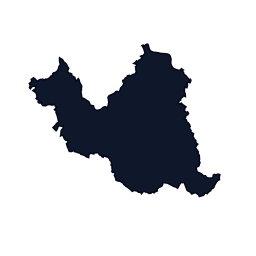 Esmeralda, Rio Grande do Sul, Brazil, rotated 338°
{"feature_id": "56859067B97850438953486", "entity_name": "Esmeralda", "entity_type": "district", "adm_level": 2, "iso_a3": "BRA", "parent_name": "Brazil", "parent_adm1": "Rio Grande do Sul", "projection": "robinson", "projection_center": [-51.184, -28.039], "detail": "fine", "context": "isolated", "style": "filled", "palette": "ink", "viewbox_px": 256, "rotation_deg": 338, "n_neighbors": 0, "source": "geoboundaries", "source_scale": "gbopen_adm2", "svg_char_len": 4816}
<svg xmlns="http://www.w3.org/2000/svg" viewBox="0 0 256 256"><g transform="rotate(338 128 128)"><path d="M177.7,57.6L176.1,57.3L174.0,58.0L173.1,56.8L171.8,56.8L172.2,59.0L172.2,61.4L172.0,63.3L171.9,65.0L170.1,65.9L168.8,66.7L167.7,66.1L166.5,66.2L167.3,68.1L165.4,69.2L163.5,69.2L162.4,70.3L161.2,68.9L159.3,69.9L157.5,70.3L158.6,71.2L159.8,72.1L159.2,73.6L157.8,74.0L157.7,75.7L157.0,76.8L156.9,78.8L155.0,80.6L152.3,80.1L150.2,80.9L148.9,79.6L146.9,79.4L146.1,80.7L144.3,80.5L143.4,81.4L142.3,82.0L140.9,81.9L140.6,83.4L140.9,85.2L138.9,86.9L137.6,87.5L136.1,88.2L135.2,89.4L134.1,90.7L132.9,91.0L131.5,89.8L130.1,89.8L128.9,90.4L127.3,90.8L124.9,90.8L122.5,91.0L120.9,92.1L120.4,94.7L119.7,97.1L116.0,102.6L115.5,101.4L115.5,100.0L114.0,99.5L112.5,99.6L110.1,100.5L108.6,100.5L107.2,100.3L105.7,100.0L104.4,98.5L104.0,97.0L104.3,94.5L102.6,93.4L101.5,92.4L101.7,90.2L101.5,88.8L100.0,86.9L98.8,85.0L97.5,83.5L96.5,82.6L97.3,79.8L97.6,78.2L98.1,76.4L99.1,75.3L99.6,73.8L100.7,72.2L100.7,70.1L100.4,68.6L100.4,66.6L100.7,65.1L100.4,63.6L98.6,64.8L97.4,65.0L97.5,63.4L97.6,61.2L96.7,59.8L95.5,58.7L96.0,56.9L95.2,55.8L94.0,55.0L93.0,53.7L93.9,51.9L95.4,50.4L94.9,48.2L94.9,46.0L94.4,44.6L93.3,42.8L93.1,40.9L92.6,39.5L91.6,38.5L90.9,37.3L90.2,38.5L89.8,39.8L89.3,41.7L89.1,43.9L87.9,44.5L86.6,45.6L85.5,47.3L83.9,48.5L82.3,49.1L81.0,49.3L79.5,49.0L78.4,49.5L77.6,51.3L76.0,50.9L74.5,51.9L73.4,52.2L71.5,52.5L69.8,51.8L68.7,52.2L67.3,50.8L66.1,50.6L65.0,50.1L63.5,50.2L61.5,50.7L60.6,49.1L60.2,47.5L59.2,46.0L56.4,46.7L56.4,48.7L54.9,49.3L53.2,49.7L53.3,51.9L51.8,53.5L52.1,55.0L55.1,53.5L58.2,55.0L57.0,56.9L53.8,57.7L55.1,59.5L56.0,61.7L55.2,65.4L53.8,66.2L54.4,67.4L55.9,68.5L54.3,70.1L54.8,71.4L55.9,72.0L57.3,71.6L56.9,73.1L57.4,75.3L60.1,76.6L61.2,76.3L63.0,76.4L64.7,77.2L66.2,78.4L69.1,78.7L68.7,80.7L69.8,82.0L66.7,83.4L67.8,85.4L67.0,86.7L67.1,88.9L66.6,92.9L66.2,94.7L66.3,96.0L65.3,96.8L63.5,96.9L62.5,97.8L58.6,99.5L59.4,101.7L60.3,103.6L62.2,102.4L63.5,100.7L64.7,100.1L68.4,102.2L67.7,104.0L65.6,104.9L64.6,106.1L63.9,107.8L62.5,110.1L64.2,109.9L65.0,111.0L64.9,112.6L65.0,114.5L65.9,116.3L67.2,116.9L67.4,118.4L66.3,119.1L65.0,119.6L64.9,121.2L64.7,122.9L64.9,124.5L64.7,126.4L64.9,127.8L67.0,128.7L68.9,128.4L69.7,130.0L70.9,130.8L72.5,132.3L73.9,133.1L74.4,134.7L75.8,135.8L77.3,137.0L78.7,139.2L80.5,140.7L81.0,139.4L82.0,137.9L83.9,137.4L85.4,138.4L86.7,139.3L87.8,138.5L89.1,139.1L90.7,139.4L91.3,141.1L91.7,142.6L92.9,143.2L93.0,144.7L94.1,145.8L95.2,144.8L96.2,145.7L97.1,146.6L98.3,147.4L99.2,149.0L99.1,151.0L99.8,152.8L99.6,154.4L98.4,156.1L98.9,157.5L98.1,159.1L97.9,160.9L96.7,162.2L97.2,163.5L98.8,164.1L99.0,165.5L97.6,166.8L97.7,168.8L97.7,170.5L97.3,171.8L98.2,172.8L99.6,173.9L100.9,174.4L101.6,175.8L102.8,177.3L102.9,178.7L103.7,180.0L104.2,181.3L105.3,182.6L106.3,184.2L107.4,186.4L108.2,188.4L109.8,188.2L111.0,188.4L111.9,189.4L113.0,190.0L113.5,191.3L115.5,192.5L115.9,194.1L117.3,193.1L119.3,192.5L120.1,193.8L121.6,194.8L123.0,196.5L124.6,197.1L126.5,196.4L127.9,197.9L130.0,197.1L131.1,197.6L132.4,195.5L134.1,194.8L137.6,194.6L139.3,192.9L139.6,191.6L142.7,193.2L143.9,193.9L148.6,199.4L150.1,200.5L151.5,202.4L153.9,200.3L156.4,198.4L159.7,199.7L159.4,207.5L160.0,208.9L161.5,210.4L162.4,213.1L166.2,213.1L168.6,216.6L168.4,218.2L172.8,218.7L175.3,217.1L176.8,218.6L178.6,217.6L181.1,217.1L182.2,216.0L185.2,215.4L186.4,213.9L189.0,211.8L191.6,210.2L193.5,210.2L193.9,208.5L194.7,207.1L195.7,205.7L194.5,204.6L193.0,204.3L191.9,204.4L190.8,203.4L189.5,203.5L188.5,205.3L187.1,205.8L184.1,204.7L182.4,203.3L181.9,201.3L180.2,200.7L178.9,197.9L176.7,195.6L175.6,195.1L176.3,189.8L178.0,190.0L179.8,189.6L180.5,188.4L181.8,187.1L181.6,185.3L182.5,184.1L183.2,182.1L183.8,180.1L183.6,177.6L184.3,176.3L183.1,171.5L185.2,169.8L186.6,169.1L185.5,167.3L186.2,164.7L185.2,163.4L185.4,161.9L184.9,160.5L186.6,157.8L184.8,155.3L185.5,154.0L185.0,152.3L185.1,150.5L186.3,149.9L186.3,147.6L185.7,145.6L184.9,144.5L185.0,141.9L183.6,140.9L185.2,139.8L186.5,138.1L188.5,138.1L189.6,137.1L189.2,135.3L187.8,135.3L186.7,133.0L188.1,131.1L189.7,130.1L187.4,126.6L186.8,124.9L184.8,125.1L184.1,123.2L185.8,122.0L187.2,121.8L188.5,120.1L189.9,119.9L191.7,119.0L193.0,120.4L193.8,118.1L193.8,115.9L194.5,114.0L195.8,111.4L197.7,112.7L199.0,111.1L199.9,108.2L201.3,108.2L202.4,109.3L204.1,107.6L204.2,106.2L202.7,105.9L201.2,100.9L200.0,99.4L200.3,97.2L199.5,95.0L201.0,94.9L199.7,93.0L198.0,94.0L196.3,93.3L194.9,92.1L193.9,91.2L192.8,90.2L192.1,89.0L191.8,87.6L191.7,85.3L192.1,83.4L192.9,81.9L193.6,80.5L193.9,78.8L194.0,77.0L193.5,75.3L192.4,74.3L191.3,73.6L189.7,72.7L187.9,71.9L186.8,71.3L185.7,70.8L184.6,69.8L182.8,68.7L181.2,67.9L180.2,67.4L179.1,66.5L178.2,65.6L177.5,64.2L177.3,62.4L177.6,60.6L177.9,58.9L177.7,57.6Z" fill="#0f172a" stroke="#020617" stroke-width="1.5"/></g></svg>